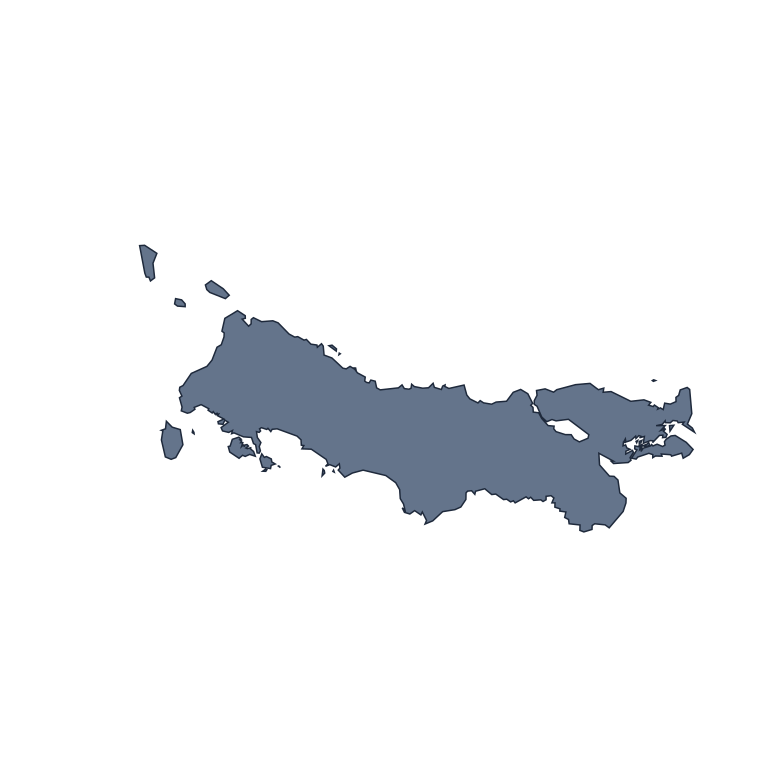 outline of Rote Ndao, Nusa Tenggara Timur, Indonesia, rotated 42°
{"feature_id": "22746128B61006797400672", "entity_name": "Rote Ndao", "entity_type": "district", "adm_level": 2, "iso_a3": "IDN", "parent_name": "Indonesia", "parent_adm1": "Nusa Tenggara Timur", "projection": "mercator", "projection_center": [123.168, -10.719], "detail": "fine", "context": "isolated", "style": "filled", "palette": "slate", "viewbox_px": 768, "rotation_deg": 42, "n_neighbors": 0, "source": "geoboundaries", "source_scale": "gbopen_adm2", "svg_char_len": 6192}
<svg xmlns="http://www.w3.org/2000/svg" viewBox="0 0 768 768"><g transform="rotate(42 384 384)"><path d="M614.8,183.5L611.6,183.7L608.1,190.2L610.6,195.3L609.9,198.6L612.8,201.7L610.2,207.4L605.4,210.4L608.6,216.2L605.4,216.8L604.2,219.6L603.6,218.1L599.0,218.7L599.2,220.6L594.8,222.7L594.6,219.1L587.8,221.8L579.0,231.7L557.8,237.7L552.4,243.5L550.1,240.0L547.1,244.8L536.7,245.7L526.8,256.3L516.2,272.6L515.5,276.6L507.0,279.8L501.7,286.8L505.3,290.0L506.8,295.8L509.3,298.6L512.6,298.1L523.3,303.0L530.2,303.1L532.6,298.0L536.5,296.3L544.7,286.8L570.1,284.6L571.9,287.8L567.9,296.3L562.0,297.7L557.0,296.4L552.6,300.3L543.7,304.3L540.1,303.7L538.6,301.5L533.8,305.1L524.3,304.1L518.2,301.9L513.7,305.0L510.4,301.7L507.3,301.6L507.4,298.9L497.4,295.0L489.2,296.6L485.6,303.7L486.6,314.8L479.4,322.4L477.5,327.0L470.6,331.4L466.6,332.0L466.5,335.2L457.8,337.6L452.9,336.8L444.2,331.2L435.2,343.9L430.9,345.1L430.0,343.8L429.0,346.3L430.3,349.7L423.7,352.8L420.0,350.6L419.6,357.0L415.6,361.2L408.3,365.6L404.7,365.7L406.9,369.0L406.1,371.1L402.2,373.8L398.0,372.6L397.3,377.2L385.1,390.9L381.1,391.8L375.6,387.8L371.6,389.9L372.2,393.1L370.0,394.5L367.7,394.7L365.4,391.4L356.8,393.5L352.4,392.6L347.0,393.6L345.8,398.0L342.8,399.8L327.9,399.5L320.1,402.6L313.5,396.5L310.6,395.9L309.9,401.3L308.1,399.9L303.0,403.3L296.5,402.8L295.2,404.9L288.2,406.5L286.3,408.9L280.0,410.4L264.4,409.4L259.1,411.4L251.3,419.6L242.6,422.1L242.1,424.9L245.0,428.2L244.7,431.6L235.2,430.7L237.0,428.0L235.2,426.1L226.1,427.5L221.8,441.7L228.2,453.2L231.1,453.0L233.6,456.1L236.8,463.7L235.3,468.4L240.2,481.3L240.6,489.4L233.7,505.1L235.7,519.6L234.4,523.1L236.2,525.7L241.9,528.2L241.2,531.1L249.4,536.3L251.3,539.6L257.4,537.3L259.1,534.8L260.4,529.3L258.6,528.4L261.9,521.7L270.3,519.6L270.8,521.2L275.7,520.5L275.6,518.8L278.4,519.4L280.0,516.8L279.4,519.8L281.2,517.0L281.6,518.9L288.4,517.2L285.8,523.1L287.6,524.4L291.3,521.7L289.9,517.4L293.9,516.6L292.1,525.4L295.4,526.9L301.0,523.9L302.5,519.9L304.0,522.9L305.2,520.7L314.9,517.3L321.3,512.4L326.9,515.6L329.2,515.0L335.8,520.1L337.5,518.9L336.9,516.4L333.1,513.9L331.7,509.9L325.7,508.5L321.1,504.7L323.6,503.5L323.7,501.5L321.5,500.6L322.1,498.5L327.3,496.2L327.4,494.6L331.7,495.1L331.2,492.5L334.6,488.8L354.2,480.9L359.7,481.0L363.5,484.8L365.6,483.4L366.4,487.1L373.6,481.1L391.5,478.7L395.7,480.8L395.6,484.3L397.7,480.2L403.6,478.0L404.2,473.2L407.5,476.0L407.6,478.6L417.2,479.5L420.1,471.3L426.1,462.0L446.6,450.8L458.8,449.5L466.3,452.0L472.8,458.3L478.8,460.1L484.6,464.1L480.4,463.8L485.1,465.7L490.2,463.3L491.5,457.6L499.0,456.6L498.1,453.5L506.9,456.9L508.2,460.6L511.8,453.1L513.0,439.6L520.8,429.9L523.4,424.0L522.1,415.0L517.8,410.0L517.8,407.7L520.5,404.7L525.3,405.2L523.8,402.4L529.0,394.4L538.0,394.1L540.7,391.0L550.2,389.9L552.3,387.5L557.0,386.9L558.3,384.2L561.0,384.6L565.1,372.8L568.2,372.6L568.8,370.0L573.1,370.3L578.0,365.2L580.8,364.9L581.9,361.6L579.6,359.0L582.9,355.2L586.5,355.0L588.3,360.0L590.6,357.9L593.4,361.2L598.3,359.0L599.7,360.8L604.8,357.4L607.6,362.3L611.8,361.2L615.1,364.0L624.0,357.6L627.5,361.7L631.5,360.2L635.9,352.9L633.4,349.9L634.1,346.9L642.6,340.7L647.6,340.2L647.0,318.7L643.4,310.5L640.4,306.9L632.1,307.1L622.1,298.8L616.8,298.7L613.2,301.6L598.3,299.9L590.0,291.7L606.1,287.8L604.6,289.4L607.8,289.5L618.0,279.0L618.6,275.4L616.1,274.0L615.1,267.9L613.1,267.1L610.5,274.3L608.7,272.1L610.6,267.9L607.2,269.0L604.3,267.6L603.0,270.0L600.9,267.1L602.9,265.7L600.9,266.5L600.1,263.3L602.6,265.2L605.2,260.7L605.9,254.4L607.7,255.9L607.9,251.8L610.3,250.8L609.9,253.0L612.6,248.7L616.4,254.6L619.7,247.9L622.3,245.9L622.8,247.9L623.1,237.9L625.5,235.4L626.9,237.5L629.2,235.0L628.1,232.0L623.3,232.1L623.3,228.7L622.8,230.3L621.5,229.1L621.9,231.4L620.7,233.4L620.8,226.7L614.1,232.9L617.8,227.8L617.6,223.2L619.0,224.4L622.7,221.3L623.1,217.8L626.6,215.3L628.5,215.9L632.5,211.5L632.7,214.3L647.1,212.1L642.6,210.4L636.3,210.8L632.6,200.1L614.8,183.5ZM647.6,225.1L634.8,227.4L632.0,230.6L630.7,236.3L631.0,239.2L633.7,241.4L632.9,244.0L627.2,246.0L625.3,250.1L623.4,249.9L623.6,251.5L619.6,258.2L620.1,262.2L618.0,258.6L617.9,261.5L616.6,259.3L611.9,262.1L613.7,264.5L616.0,263.7L617.6,273.5L621.6,271.1L621.5,268.4L627.2,258.3L631.0,256.6L633.0,258.9L633.9,255.9L638.9,251.6L636.9,250.5L644.4,244.7L646.0,245.2L651.5,236.2L656.0,239.0L658.2,232.1L657.5,225.8L647.6,225.1ZM275.2,563.7L263.1,554.2L255.5,557.8L247.2,557.3L251.6,563.5L249.5,567.4L251.0,566.8L256.0,574.5L270.3,584.5L276.2,582.4L278.5,578.0L275.2,563.7ZM131.5,448.8L127.8,438.9L113.3,441.1L109.8,444.7L132.0,461.6L135.8,463.6L137.8,461.9L141.5,463.7L142.5,458.6L131.5,448.8ZM327.1,521.6L328.0,519.9L325.7,523.5L324.2,524.0L324.8,520.8L322.7,520.7L321.1,522.9L322.4,524.0L320.2,523.5L320.0,525.8L318.3,522.1L316.7,523.5L316.4,521.6L314.2,521.9L314.8,520.6L311.7,520.6L308.3,526.6L311.2,533.1L310.1,534.7L314.9,537.8L326.0,536.2L326.6,531.6L329.3,530.7L331.3,526.2L336.7,523.8L332.2,521.4L327.1,521.6ZM200.9,420.8L186.5,422.8L185.0,429.9L189.1,432.4L193.3,432.5L209.0,426.7L209.6,421.6L200.9,420.8ZM350.4,515.1L345.1,516.6L344.2,518.6L339.9,517.7L341.9,522.7L349.3,527.2L356.3,522.8L354.6,520.0L356.7,516.2L352.8,517.0L350.4,515.1ZM177.3,456.9L172.0,460.0L174.8,464.6L178.4,464.3L184.5,459.6L182.6,457.5L177.3,456.9ZM326.5,391.5L325.2,389.7L319.4,389.9L317.5,392.4L326.5,391.5ZM399.6,489.9L397.5,488.3L395.6,488.1L399.5,493.7L399.6,489.9ZM628.1,227.7L627.0,220.7L624.0,223.9L628.1,227.7ZM622.4,251.7L619.9,250.4L619.4,255.9L620.9,255.0L622.4,251.7ZM613.7,257.6L614.2,255.7L613.4,253.3L612.1,255.9L613.7,257.6ZM352.2,530.0L354.6,528.0L354.3,526.1L352.9,526.7L352.2,530.0ZM276.2,548.1L275.1,547.1L272.8,546.4L274.0,548.4L276.2,548.1ZM617.6,256.6L615.9,256.5L615.0,258.6L616.9,258.1L617.6,256.6ZM583.5,199.7L581.6,200.4L581.1,201.9L582.4,201.8L583.5,199.7ZM609.7,258.0L611.1,258.6L610.3,256.3L609.7,258.0ZM354.1,392.5L352.2,391.1L350.8,392.3L354.1,392.5ZM331.3,390.8L330.1,391.0L330.9,392.4L331.3,390.8ZM404.5,483.2L406.0,482.8L404.2,481.8L404.5,483.2ZM617.8,256.5L619.1,254.6L618.9,254.3L617.8,256.5ZM362.9,515.5L361.2,515.2L359.7,515.9L361.1,515.6L362.9,515.5Z" fill="#64748b" stroke="#1e293b" stroke-width="1.5"/></g></svg>